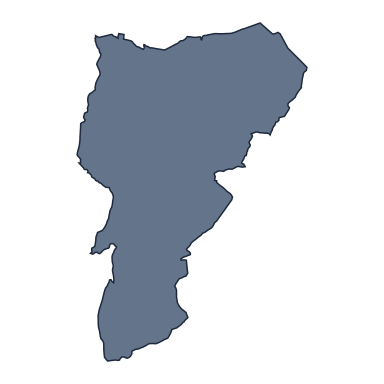 Atempan, Puebla, Mexico
{"feature_id": "50627088B4363090136249", "entity_name": "Atempan", "entity_type": "district", "adm_level": 2, "iso_a3": "MEX", "parent_name": "Mexico", "parent_adm1": "Puebla", "projection": "albers", "projection_center": [-97.445, 19.802], "detail": "fine", "context": "isolated", "style": "filled", "palette": "slate", "viewbox_px": 384, "rotation_deg": 0, "n_neighbors": 0, "source": "geoboundaries", "source_scale": "gbopen_adm2", "svg_char_len": 5819}
<svg xmlns="http://www.w3.org/2000/svg" viewBox="0 0 384 384"><path d="M107.5,361.0L115.3,360.0L116.3,360.1L117.3,360.4L119.5,360.1L119.9,359.0L122.1,356.8L124.5,357.1L125.0,357.4L126.2,358.0L127.2,358.2L128.9,357.5L130.6,356.1L131.7,354.2L132.1,351.1L135.5,349.4L138.8,348.8L140.7,347.9L142.7,347.2L145.9,345.6L148.2,344.1L149.7,343.6L152.1,343.5L155.9,343.7L159.0,342.5L160.6,341.6L162.7,340.6L164.0,339.7L166.1,338.9L167.9,338.0L170.6,333.2L171.9,329.4L176.7,327.9L179.7,325.7L181.4,324.3L182.8,322.5L184.0,321.9L184.5,320.8L187.8,317.7L187.5,316.3L186.8,315.0L186.1,312.6L183.1,310.1L181.7,309.1L179.4,306.5L177.4,302.7L176.5,296.8L176.5,290.4L176.2,289.2L175.6,287.5L174.7,286.4L175.8,283.8L178.1,280.4L179.3,278.7L182.2,277.6L184.8,276.3L185.8,276.3L187.7,273.4L186.3,260.1L184.1,259.9L181.2,260.1L180.8,259.1L181.5,258.4L183.8,257.0L186.5,256.2L188.1,255.3L189.3,255.1L190.3,254.6L190.4,253.3L189.5,252.0L186.9,250.2L186.5,248.9L188.8,246.8L190.4,244.7L191.1,243.2L193.0,241.3L195.0,239.9L199.5,236.2L200.9,235.3L202.9,233.0L204.3,232.6L206.1,231.5L208.4,229.7L209.4,229.1L211.2,228.2L212.8,226.3L214.7,222.6L216.5,221.2L231.7,199.9L232.5,197.0L231.2,194.8L230.0,193.5L228.9,192.6L227.9,192.0L226.7,191.1L224.8,189.1L223.2,187.7L219.5,185.0L218.2,183.8L216.7,182.5L216.7,180.8L214.5,180.5L215.0,178.1L215.2,176.3L214.5,174.9L214.3,173.4L215.8,172.4L216.8,171.9L217.9,171.1L220.3,170.9L223.7,171.3L225.8,169.9L227.9,169.3L229.4,169.0L230.8,169.1L232.4,169.1L236.7,166.8L238.3,166.4L240.1,166.8L242.8,167.1L245.2,166.7L244.8,165.8L244.2,165.0L243.8,164.2L243.3,163.9L242.3,163.8L241.7,162.9L241.8,162.2L242.4,161.1L243.2,160.0L243.7,159.1L244.1,157.6L244.7,156.3L245.4,155.7L246.3,155.5L246.3,155.1L246.7,153.8L246.7,152.4L247.6,150.7L247.9,148.9L248.8,147.7L249.9,146.5L250.2,144.9L249.1,142.8L249.3,141.5L251.0,139.3L252.5,136.3L252.3,135.5L251.2,133.7L253.7,132.9L255.8,132.1L257.2,132.0L259.7,132.7L264.8,133.1L266.7,133.1L268.7,133.6L269.5,134.0L270.1,134.9L271.3,131.6L272.2,130.3L272.5,128.5L272.8,128.0L273.6,126.3L274.6,125.5L275.2,124.1L275.8,122.1L277.2,121.9L278.8,120.6L279.1,117.7L284.5,116.3L288.9,109.3L289.2,108.6L289.4,107.5L288.4,106.5L288.0,105.6L288.0,103.8L288.9,102.7L289.8,101.8L291.3,100.8L292.8,99.5L295.1,97.4L296.5,94.3L298.0,92.1L299.3,90.1L300.7,88.6L301.4,87.5L301.3,86.0L301.9,82.3L302.2,79.3L303.0,76.0L303.4,73.6L304.3,72.0L306.3,70.5L306.9,67.3L303.9,64.2L287.9,48.2L280.1,33.8L277.9,32.4L275.5,33.5L273.6,34.0L272.3,33.8L260.1,23.0L243.6,28.9L242.6,29.1L242.3,29.1L236.8,31.5L233.8,32.6L231.0,33.4L227.6,33.5L223.4,33.7L221.2,33.8L215.3,33.6L214.1,33.7L211.8,34.1L209.8,34.6L207.7,34.9L206.9,35.3L205.4,35.4L204.5,35.5L203.7,35.7L202.9,36.2L202.5,36.8L202.2,37.3L202.0,38.0L201.9,38.7L201.8,39.8L201.7,39.9L201.4,39.8L201.2,39.5L200.8,38.1L200.7,37.4L200.4,37.0L200.1,36.9L198.5,37.0L195.7,37.4L193.9,37.3L192.3,37.2L191.0,36.9L189.4,36.7L187.2,36.6L186.2,38.2L184.4,39.7L182.9,40.6L182.5,40.7L180.8,40.8L180.1,41.2L179.4,41.7L178.3,42.9L176.9,43.7L174.4,44.9L171.0,46.8L165.9,49.4L163.9,50.1L163.5,49.9L162.1,49.6L155.9,48.6L152.3,47.9L151.6,47.8L150.6,47.9L149.9,47.8L148.0,46.5L146.6,46.4L146.1,46.2L145.6,45.4L144.0,44.6L143.8,44.9L143.8,45.7L143.9,46.2L144.2,46.8L144.4,47.6L144.2,48.0L143.8,48.7L143.2,49.4L141.8,48.6L140.8,48.2L138.6,46.9L137.2,46.8L136.8,46.6L136.0,45.9L134.8,44.6L133.1,43.0L132.8,42.4L132.2,41.6L131.5,41.1L129.2,40.4L123.6,39.1L124.0,34.5L118.8,33.6L118.2,35.9L118.0,37.1L118.0,37.9L118.0,38.0L117.8,37.8L117.1,37.7L117.1,37.4L113.6,36.1L113.1,35.8L112.4,34.7L111.7,34.4L98.8,37.5L98.3,37.1L95.5,35.7L95.5,36.2L95.7,36.5L95.8,37.6L95.1,38.0L95.0,38.3L95.1,39.0L95.6,39.7L95.6,40.0L95.3,40.5L95.3,41.3L95.9,42.4L96.2,44.2L96.6,45.4L97.1,46.3L97.2,46.7L97.3,47.1L97.9,48.0L98.4,48.5L99.2,49.4L99.3,50.3L99.3,50.8L99.6,52.2L99.8,52.4L99.9,53.0L100.8,53.8L100.7,55.2L100.4,56.7L99.3,58.5L97.4,62.2L96.7,64.3L97.9,67.1L99.3,70.2L100.0,72.8L100.0,74.9L98.6,77.2L97.1,80.2L95.9,83.0L95.1,87.3L95.3,89.7L92.0,92.5L89.6,93.9L88.3,96.1L87.8,98.6L87.8,101.0L88.5,104.8L87.4,108.4L87.7,109.5L87.7,110.5L87.2,112.1L85.7,112.6L84.6,113.2L83.6,117.0L84.1,118.6L85.1,119.9L84.4,121.6L81.9,122.6L80.7,123.6L80.6,127.0L80.0,137.4L80.0,139.6L79.5,144.1L79.3,145.3L78.6,148.4L77.8,150.9L77.1,154.7L77.7,155.8L78.6,156.8L80.7,159.2L80.5,159.7L80.5,163.0L79.0,163.0L83.6,168.0L84.3,169.4L87.2,169.7L88.1,171.2L87.6,172.7L88.9,172.8L91.1,174.8L92.0,177.2L94.9,178.8L94.9,179.1L95.3,179.9L96.4,180.9L97.4,180.9L98.0,181.2L98.9,182.5L99.7,182.9L100.6,182.9L101.3,183.5L103.0,185.3L105.7,187.2L107.5,187.5L109.0,187.5L109.5,188.0L109.7,189.3L110.6,191.0L111.4,192.1L111.8,192.3L112.1,192.6L112.5,194.0L112.7,194.8L113.2,195.5L113.3,196.1L113.3,196.7L113.3,198.1L112.8,200.7L112.6,201.0L112.7,202.1L112.1,205.7L111.7,207.2L110.3,209.9L109.9,211.4L109.0,216.0L108.6,218.5L107.4,220.8L106.6,223.5L105.2,226.4L103.9,228.5L102.4,230.4L97.5,232.5L97.1,234.2L96.3,235.9L95.9,237.9L95.8,240.0L95.4,242.9L95.1,245.0L94.6,246.6L91.8,248.2L91.7,250.6L92.1,251.7L91.2,252.6L90.5,253.3L92.4,254.1L93.3,253.9L94.3,253.2L95.1,252.6L96.2,252.2L97.2,252.5L98.9,253.5L99.9,253.6L101.0,252.7L102.5,250.9L104.2,249.6L107.5,248.3L108.5,248.2L109.2,247.3L109.6,245.5L110.1,244.3L111.0,243.8L111.9,243.6L113.7,244.0L115.5,246.2L116.6,246.9L116.1,248.2L115.1,249.2L114.3,250.5L113.7,252.5L112.4,254.9L112.0,257.1L112.2,259.9L112.2,260.9L112.4,262.4L113.3,265.6L112.5,269.8L112.6,271.5L113.2,274.2L113.6,276.8L113.8,278.6L113.9,280.4L113.6,282.7L112.1,281.6L111.0,279.7L109.6,279.9L108.9,282.5L107.6,284.7L107.3,285.9L105.8,287.7L104.9,289.8L104.0,293.1L102.1,300.8L99.4,309.1L98.1,315.4L98.3,324.7L98.6,327.9L99.2,329.7L100.0,333.9L100.3,336.3L100.9,338.7L102.4,340.4L103.6,342.6L103.8,345.7L103.8,348.9L104.0,352.5L104.5,357.2L107.5,361.0Z" fill="#64748b" stroke="#1e293b" stroke-width="1.5"/></svg>